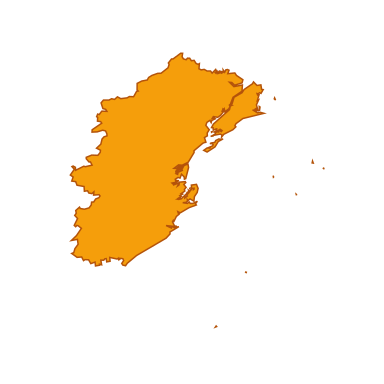 outline of Gladstone, Queensland, Australia, rotated 73°
{"feature_id": "25037944B21166714819483", "entity_name": "Gladstone", "entity_type": "district", "adm_level": 2, "iso_a3": "AUS", "parent_name": "Australia", "parent_adm1": "Queensland", "projection": "equal_earth", "projection_center": [151.305, -24.018], "detail": "fine", "context": "isolated", "style": "filled", "palette": "amber", "viewbox_px": 384, "rotation_deg": 73, "n_neighbors": 0, "source": "geoboundaries", "source_scale": "gbopen_adm2", "svg_char_len": 6066}
<svg xmlns="http://www.w3.org/2000/svg" viewBox="0 0 384 384"><g transform="rotate(73 192 192)"><path d="M105.5,270.1L106.8,265.1L106.8,259.4L108.3,256.8L111.5,256.4L113.5,256.9L113.5,260.0L115.0,262.5L119.6,265.2L122.2,270.5L125.3,267.3L127.3,268.2L129.4,271.3L127.4,277.1L127.9,283.0L129.3,283.4L133.2,281.7L133.6,280.3L137.1,279.7L136.6,286.7L135.7,287.9L137.2,296.9L134.3,296.3L132.4,298.1L132.6,299.4L135.9,297.9L140.2,303.4L142.9,301.3L146.4,303.8L148.1,300.2L151.9,300.0L155.2,293.6L159.8,294.7L160.3,291.5L162.8,291.0L164.3,288.2L163.2,285.8L166.2,287.0L167.4,281.7L168.9,281.1L170.2,282.6L170.5,286.2L172.8,288.9L172.3,291.0L175.0,292.2L177.1,295.1L177.0,299.9L175.1,303.7L173.6,304.0L175.7,308.6L178.5,308.9L180.1,311.0L183.9,309.2L189.5,314.4L191.2,313.4L190.3,311.9L191.0,310.7L194.4,308.4L199.9,315.2L203.1,321.5L203.8,315.4L208.7,316.2L211.9,320.5L215.4,322.8L215.6,325.0L220.9,321.0L221.9,316.5L225.9,315.8L225.4,314.1L226.6,310.7L230.9,309.7L230.7,305.2L234.5,305.9L235.0,301.8L234.0,301.6L235.2,299.7L230.5,299.1L231.4,296.3L230.4,294.9L230.6,293.5L233.9,294.0L234.3,290.6L230.5,289.8L234.1,283.4L233.9,282.1L234.9,282.0L234.0,281.2L235.3,280.9L234.6,279.6L235.6,277.6L237.6,277.4L239.8,280.1L241.7,279.5L243.1,277.1L241.2,274.7L236.5,263.5L228.6,230.3L225.7,225.3L223.8,224.8L221.3,214.7L220.9,219.2L219.1,221.6L220.4,222.3L216.5,226.6L220.0,218.5L214.8,219.4L213.0,217.5L215.4,218.4L210.8,214.1L209.4,210.7L208.3,210.0L208.7,210.6L208.3,211.3L206.6,211.3L208.5,209.3L206.1,199.4L205.7,191.7L204.3,192.2L202.4,189.6L203.2,194.5L202.4,197.1L200.7,197.6L201.6,199.7L199.5,204.0L200.1,200.9L199.5,199.0L197.8,198.7L198.9,198.0L198.0,195.9L201.3,192.9L197.1,191.0L194.0,187.2L190.3,185.1L186.0,185.5L185.2,190.6L188.5,191.3L189.0,188.9L189.7,189.2L189.5,188.5L189.9,189.5L189.1,189.0L188.8,191.0L190.6,193.8L189.4,194.7L191.3,194.6L193.5,198.0L194.5,197.6L195.6,200.6L192.9,199.4L195.4,204.3L195.2,206.9L194.6,208.0L194.3,204.2L193.7,206.0L193.0,203.6L191.9,204.6L191.3,201.7L190.4,202.9L189.0,198.6L187.3,198.5L185.9,196.3L182.4,197.6L181.2,195.2L180.1,195.4L178.9,201.1L181.5,202.4L182.0,204.0L179.5,201.7L179.9,208.2L179.4,206.2L178.8,207.8L178.5,203.1L178.4,208.0L177.6,208.5L177.9,204.4L174.9,204.3L174.0,201.1L175.2,199.4L171.9,196.8L175.2,195.1L177.5,195.5L177.4,194.1L167.6,188.1L164.1,187.7L164.3,191.8L168.0,195.6L167.9,195.2L168.4,194.9L168.5,194.9L169.1,199.5L171.0,200.6L169.8,201.9L169.3,200.1L168.2,200.0L168.1,201.6L167.4,201.4L167.5,199.2L166.9,198.5L167.1,200.0L166.7,200.2L166.0,198.8L166.3,195.5L164.5,193.5L165.1,197.2L164.4,199.1L165.1,199.8L164.1,202.3L162.1,196.9L163.5,193.6L162.4,186.9L154.9,178.5L153.1,178.0L148.5,167.3L148.3,164.4L149.1,164.1L143.6,164.2L142.8,160.9L140.0,160.2L137.5,157.3L132.3,159.3L129.8,157.4L128.7,153.9L131.2,153.4L129.4,152.2L128.8,148.3L127.6,149.2L127.5,151.1L126.1,149.5L128.1,145.6L127.0,142.3L124.6,138.7L123.8,139.6L123.5,139.7L123.5,138.2L122.3,138.6L121.6,138.1L122.7,137.5L122.2,137.4L121.8,136.8L124.9,137.1L123.2,132.5L121.6,130.8L119.0,130.6L120.1,130.3L113.4,125.0L110.2,114.7L104.4,112.5L103.5,121.1L98.0,124.1L98.9,121.9L102.3,120.0L102.3,112.2L99.5,110.5L93.5,115.4L90.7,116.2L89.3,123.2L86.4,121.0L85.2,122.3L85.1,124.0L87.0,125.7L84.4,126.5L86.6,127.0L87.0,129.2L86.1,129.7L85.8,128.0L84.3,130.5L85.2,131.9L86.2,130.4L86.3,132.7L84.1,132.7L85.6,134.3L84.5,134.9L83.9,133.2L81.7,133.5L84.2,138.0L81.7,138.9L80.7,142.2L78.3,144.5L77.9,147.5L76.2,149.3L71.4,147.4L71.7,148.8L70.3,150.5L66.7,151.5L66.3,154.2L63.4,155.1L62.7,157.2L63.8,158.9L62.2,161.3L59.7,161.9L56.6,160.4L56.0,162.2L59.2,171.2L58.8,172.7L61.7,176.9L63.3,176.6L66.2,178.6L69.4,186.9L68.5,190.1L68.8,196.3L69.8,200.0L71.8,202.0L71.2,207.6L72.1,212.7L78.1,214.6L79.7,214.0L79.5,215.5L83.8,220.0L82.4,224.0L83.0,226.5L81.9,232.8L79.2,235.5L80.8,239.0L79.3,241.6L79.8,244.5L78.2,249.8L80.2,252.9L86.2,252.8L87.7,250.4L90.0,249.8L88.3,254.6L90.8,258.1L89.9,259.4L92.1,261.2L93.1,260.4L96.6,261.7L98.0,258.8L99.8,258.2L103.3,269.3L105.5,270.1ZM142.7,148.3L141.6,150.9L144.2,154.2L144.9,148.0L146.2,146.7L148.1,147.6L146.1,144.7L144.4,134.7L142.5,131.0L141.2,131.6L139.5,130.0L136.6,121.8L137.8,100.2L135.6,103.6L135.5,106.2L131.1,110.1L132.4,108.3L131.2,108.4L132.4,107.7L131.2,107.4L131.0,106.6L132.7,107.0L132.2,106.2L133.2,106.4L133.6,105.1L127.5,104.9L123.4,101.4L123.7,102.8L118.7,99.5L118.5,100.9L116.9,101.0L117.5,100.0L116.8,98.4L117.9,97.2L114.9,94.0L114.2,95.4L109.7,94.8L109.1,98.7L104.7,101.0L106.2,102.6L109.2,112.2L111.7,115.1L113.7,124.1L119.4,127.9L120.0,130.1L120.8,128.7L121.0,130.2L124.2,132.1L133.3,151.7L136.1,154.5L136.8,153.0L139.1,153.6L138.7,150.4L139.0,149.2L139.1,151.2L141.1,150.0L140.2,146.8L141.4,145.8L141.2,147.3L142.5,145.9L142.8,146.4L141.3,147.5L141.5,150.6L142.7,148.3ZM154.3,164.7L155.6,168.6L158.2,165.9L155.6,156.8L151.4,152.1L150.3,146.7L150.3,149.2L149.1,150.7L149.7,154.3L151.2,155.7L150.8,158.9L153.0,157.9L153.9,158.8L154.3,162.8L155.0,161.8L155.2,162.0L154.3,164.7ZM163.3,198.0L164.1,197.2L163.4,195.3L162.4,196.6L163.3,198.0ZM197.7,67.7L199.3,68.6L199.8,67.6L197.7,67.7ZM176.5,203.3L177.5,203.5L177.9,202.5L177.1,201.9L176.5,203.3ZM191.3,197.1L192.4,198.1L192.8,197.3L192.4,196.4L191.3,197.1ZM127.0,86.1L128.5,85.2L126.2,85.5L127.0,86.1ZM327.2,208.1L328.0,209.1L327.9,207.8L327.2,208.1ZM191.3,196.4L191.4,195.3L190.3,195.3L191.3,196.4ZM167.2,195.4L168.3,197.8L168.6,198.3L168.7,197.4L167.2,195.4ZM140.8,151.3L141.1,153.4L141.3,153.3L140.8,151.3ZM166.5,196.9L166.7,198.7L166.6,195.8L166.5,196.9ZM143.8,154.9L144.0,155.7L144.3,157.9L144.6,155.4L143.8,154.9ZM134.2,103.8L130.6,102.1L129.9,102.7L134.2,103.8ZM201.5,109.6L200.1,109.6L201.6,109.8L201.5,109.6ZM151.1,159.2L151.0,160.8L151.5,159.1L151.1,159.2ZM219.8,217.3L220.0,217.9L220.5,217.0L219.8,217.3ZM225.7,93.1L224.9,92.8L224.6,93.0L225.7,93.1ZM140.1,155.7L140.6,155.8L140.4,155.1L140.1,155.7ZM283.9,164.5L284.7,164.0L284.9,163.7L284.6,163.5L283.9,164.5ZM207.2,59.7L208.0,59.4L208.2,59.2L207.9,59.0L207.2,59.7ZM187.8,193.1L189.1,193.0L187.7,192.8L187.8,193.1Z" fill="#f59e0b" stroke="#b45309" stroke-width="1.5"/></g></svg>